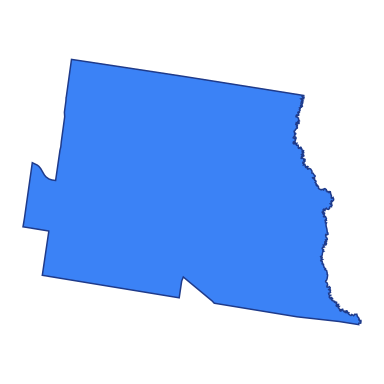 outline of Monash, Victoria, Australia
{"feature_id": "25037944B65284638011134", "entity_name": "Monash", "entity_type": "district", "adm_level": 2, "iso_a3": "AUS", "parent_name": "Australia", "parent_adm1": "Victoria", "projection": "equal_earth", "projection_center": [145.196, -37.897], "detail": "fine", "context": "isolated", "style": "filled", "palette": "blue", "viewbox_px": 384, "rotation_deg": 0, "n_neighbors": 0, "source": "geoboundaries", "source_scale": "gbopen_adm2", "svg_char_len": 6056}
<svg xmlns="http://www.w3.org/2000/svg" viewBox="0 0 384 384"><path d="M64.4,112.2L64.7,116.7L61.3,141.7L60.8,146.8L60.0,150.1L55.6,180.5L52.1,180.0L49.5,179.2L48.8,178.9L46.0,176.9L44.4,175.0L40.7,168.6L38.9,166.4L37.3,165.1L32.3,162.7L24.4,218.5L23.0,226.8L48.7,231.0L48.7,232.1L42.3,275.3L179.2,297.8L181.6,281.6L181.8,280.7L183.3,277.0L212.3,301.1L214.2,303.2L297.0,316.8L339.1,321.5L358.7,324.6L358.6,324.1L358.8,323.2L360.5,323.2L360.9,322.9L360.7,322.0L361.0,321.4L360.9,320.5L360.6,320.5L360.0,321.2L358.9,319.9L358.8,319.7L359.3,319.3L358.5,317.6L357.4,316.5L356.8,314.2L355.8,314.4L354.8,314.2L353.7,315.7L351.8,314.5L351.3,315.4L350.7,315.5L348.6,314.0L348.5,313.6L348.8,312.8L347.5,312.8L347.5,311.7L346.9,310.8L346.6,310.8L346.5,312.2L346.0,312.6L345.5,312.5L345.4,311.3L345.0,311.0L344.2,311.8L342.8,310.3L342.8,309.4L342.7,309.2L341.9,309.4L340.9,311.1L340.3,311.0L339.8,310.3L340.5,309.6L339.6,309.3L338.3,307.7L339.2,306.5L337.1,306.4L336.5,306.2L336.2,305.7L336.3,305.3L336.7,305.1L338.4,305.1L338.6,304.8L338.6,304.4L337.5,304.5L336.2,303.7L336.1,303.2L336.6,302.6L336.6,302.3L335.5,302.0L334.6,302.3L334.3,302.0L334.5,301.3L332.1,300.5L331.4,299.3L332.6,298.8L331.6,297.5L331.2,297.5L330.5,298.4L330.2,298.5L329.9,297.8L329.2,297.1L329.4,296.4L330.6,295.3L329.2,295.0L328.8,294.4L328.6,293.2L329.4,293.1L330.5,292.4L330.1,291.1L330.5,290.3L330.4,290.0L328.9,289.8L328.7,289.6L330.0,288.7L330.2,287.6L329.3,286.6L328.4,287.2L326.9,286.9L326.9,286.1L327.7,285.0L327.2,283.2L327.0,282.8L326.0,282.2L325.6,281.5L325.8,280.7L326.2,280.5L326.6,280.1L327.1,278.7L327.6,275.6L327.6,274.7L327.1,274.2L327.2,273.1L326.6,270.5L324.9,269.6L325.5,268.7L324.0,267.4L323.9,266.3L323.4,265.5L323.5,264.4L322.2,263.8L322.7,263.3L322.3,262.4L322.2,261.4L321.0,261.0L320.8,260.6L322.4,259.5L321.4,259.3L321.1,259.0L321.3,258.5L322.1,257.9L322.1,257.1L321.8,256.9L320.9,257.1L320.6,256.6L321.5,256.1L322.1,255.3L322.3,254.7L322.3,253.7L322.8,251.8L323.8,251.2L322.8,250.7L323.4,249.5L322.7,249.3L322.2,248.7L322.2,248.2L322.8,247.2L323.2,247.3L324.3,247.0L323.8,246.4L323.4,245.1L324.3,245.1L324.8,244.5L325.7,245.0L325.9,244.9L326.4,244.0L326.5,243.3L326.2,243.1L325.2,244.1L324.8,244.0L324.7,243.8L324.9,241.7L325.2,241.5L325.8,241.9L326.2,241.8L326.6,241.2L325.8,240.4L325.6,239.9L327.0,239.8L327.3,239.4L327.0,238.1L326.3,237.7L325.7,235.9L325.6,234.9L326.0,234.3L326.3,234.4L326.7,234.9L328.0,234.3L327.9,232.9L327.3,232.5L326.9,229.1L326.1,226.0L326.0,224.0L326.5,222.9L325.4,222.7L325.5,221.6L325.1,220.4L325.4,219.9L326.1,220.3L326.4,220.3L326.2,219.6L326.4,218.3L325.8,217.5L325.5,216.6L324.1,216.9L323.7,216.7L324.5,216.0L323.9,214.9L324.6,213.7L324.5,213.0L324.2,212.9L323.1,213.8L322.2,212.1L322.5,211.9L323.1,212.2L323.4,211.8L323.5,211.4L323.1,210.1L323.2,209.7L323.8,209.1L324.1,209.2L324.4,210.3L324.9,210.6L325.1,210.2L325.0,209.4L326.2,208.3L326.4,208.2L326.9,209.1L328.5,209.4L329.5,208.5L329.5,207.4L329.9,206.9L330.5,206.6L331.4,206.7L331.4,206.2L332.0,205.5L332.0,205.3L330.8,204.6L330.3,203.8L331.6,203.8L331.0,201.9L331.2,201.0L331.5,200.8L331.7,201.8L332.0,201.8L333.5,200.2L333.7,199.0L333.3,198.5L333.1,197.5L332.0,198.2L331.7,198.2L331.3,197.9L331.5,196.9L331.3,196.1L331.4,195.3L330.9,194.6L330.3,191.7L329.7,191.6L329.5,192.3L329.0,192.6L328.2,191.6L327.3,191.8L327.1,191.1L326.3,190.8L326.4,190.0L326.3,189.6L324.9,188.6L324.0,188.8L323.8,189.8L323.5,190.0L322.7,189.4L321.9,189.4L321.5,189.8L321.0,189.8L319.0,188.8L318.4,188.1L318.6,187.0L318.0,186.4L316.9,185.9L316.1,184.9L316.1,184.6L316.8,184.7L316.3,184.2L316.1,183.4L315.2,182.5L315.9,181.8L316.0,181.2L315.6,180.7L314.7,180.3L314.6,178.7L314.3,178.5L313.6,178.8L312.5,177.8L312.7,177.6L314.2,177.6L315.1,176.5L315.0,175.6L314.1,175.0L313.0,173.2L311.9,173.0L312.0,171.2L310.8,169.2L310.2,168.8L308.7,168.3L308.0,169.2L307.8,169.2L307.2,168.4L307.3,167.8L307.0,167.5L307.8,166.6L307.2,166.4L305.7,167.3L305.3,166.6L305.4,166.0L304.9,164.5L303.6,164.9L304.0,164.0L303.1,163.6L302.9,163.3L302.9,162.7L303.7,163.3L303.6,162.7L304.2,162.1L304.0,161.2L304.9,161.2L304.9,160.4L305.1,159.8L304.8,159.3L304.4,159.9L303.8,160.0L303.6,159.0L302.9,158.3L302.4,158.1L301.5,158.4L301.2,158.3L301.6,156.4L302.0,155.9L302.3,155.8L302.6,156.6L303.9,155.9L303.8,155.4L302.8,155.4L301.8,154.6L303.0,154.2L302.5,153.4L303.7,152.8L303.7,152.5L303.3,152.1L302.3,152.1L302.1,151.9L302.5,151.5L303.4,151.3L303.6,150.8L301.8,149.8L301.8,148.9L301.4,148.6L301.1,147.5L300.8,147.2L300.5,147.4L300.5,148.2L300.3,148.5L299.3,147.8L298.8,148.4L298.5,148.3L298.2,147.6L298.4,146.5L298.1,145.2L296.8,145.4L296.3,144.8L296.8,143.5L296.0,143.8L295.7,143.1L295.0,143.3L295.0,143.8L293.6,143.8L293.4,143.6L293.9,143.2L293.5,143.1L293.2,142.6L293.3,142.1L293.8,141.6L294.3,141.6L294.6,142.2L295.1,141.8L294.9,141.1L295.4,140.3L295.2,139.8L296.0,138.7L296.0,137.6L295.7,137.2L295.3,137.3L294.9,138.6L293.2,137.8L293.6,137.0L294.9,135.8L294.5,135.0L294.6,134.7L295.6,134.1L295.8,133.8L295.5,133.2L294.6,133.3L294.1,131.2L294.9,130.7L295.4,129.7L296.6,128.4L297.2,128.2L297.4,127.8L297.2,127.2L296.6,126.8L297.4,125.9L297.3,124.9L297.1,124.7L296.7,125.1L296.4,125.1L295.4,123.9L296.2,124.3L296.8,124.0L296.7,123.7L296.1,123.3L296.3,122.6L298.8,123.6L299.1,123.2L298.9,122.2L298.1,122.6L297.6,122.3L297.7,121.8L299.3,120.9L299.1,120.7L298.4,120.8L298.8,119.7L298.4,118.9L298.5,118.1L296.7,116.9L296.0,116.7L296.3,115.3L296.5,115.0L297.1,114.9L297.3,115.7L298.4,115.4L298.8,115.1L298.4,113.5L299.0,112.7L298.6,112.7L298.1,113.1L297.9,112.8L297.9,112.3L299.0,111.7L300.0,110.5L300.0,109.8L299.4,109.2L300.1,108.5L299.6,107.8L301.2,107.3L302.4,106.2L302.3,105.9L301.6,106.0L301.1,106.2L300.7,106.7L300.5,105.7L300.7,105.3L301.3,104.7L302.1,104.3L302.8,102.7L302.7,102.4L302.4,102.3L301.2,102.8L301.5,101.9L303.1,100.9L302.9,100.7L301.9,100.7L302.1,100.4L302.7,100.1L302.7,99.5L301.6,99.4L300.9,98.9L302.6,98.4L303.7,98.7L304.0,97.4L303.7,97.4L303.2,97.9L302.1,96.3L302.6,96.0L304.4,95.6L183.6,76.4L71.5,59.4L66.3,96.9L66.1,97.4L65.9,101.2L64.4,112.2Z" fill="#3b82f6" stroke="#1e3a8a" stroke-width="1.5"/></svg>